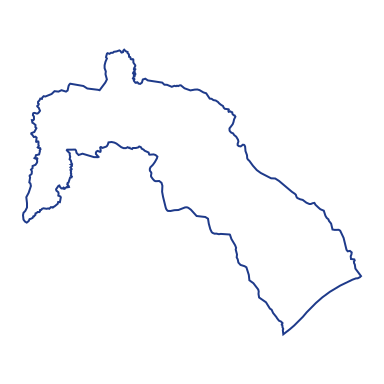 the district of Fatuberliu, Manufahi, East Timor
{"feature_id": "22284137B51170089916625", "entity_name": "Fatuberliu", "entity_type": "district", "adm_level": 2, "iso_a3": "TLS", "parent_name": "East Timor", "parent_adm1": "Manufahi", "projection": "robinson", "projection_center": [125.892, -8.981], "detail": "fine", "context": "isolated", "style": "outline", "palette": "blue", "viewbox_px": 384, "rotation_deg": 0, "n_neighbors": 0, "source": "geoboundaries", "source_scale": "gbopen_adm2", "svg_char_len": 5828}
<svg xmlns="http://www.w3.org/2000/svg" viewBox="0 0 384 384"><path d="M283.3,334.3L289.9,329.2L294.2,325.5L302.9,316.8L306.7,312.3L315.9,303.0L322.4,297.3L329.9,291.8L340.2,285.6L352.4,279.7L355.9,278.4L357.7,278.3L359.9,277.2L361.0,276.1L355.4,268.6L354.8,264.5L354.1,263.2L353.9,261.6L354.7,260.5L354.3,259.4L351.0,259.0L350.7,256.2L351.4,254.6L351.7,252.4L349.9,250.9L347.7,251.3L346.5,249.8L343.6,237.9L340.2,230.7L338.7,229.8L334.7,229.9L332.5,229.5L331.1,223.6L328.9,220.8L328.4,219.3L326.7,217.9L325.4,215.7L323.8,210.7L320.3,209.2L318.8,207.9L315.5,204.8L314.4,202.9L312.7,203.2L310.8,204.0L309.4,204.0L306.4,202.7L302.7,199.9L300.2,199.3L297.3,198.0L296.5,196.9L295.8,194.7L294.7,193.7L291.9,191.8L279.1,181.0L275.2,178.5L271.1,178.3L260.8,173.0L256.8,170.1L252.9,165.7L249.4,160.9L247.8,159.4L247.2,158.2L247.0,155.2L245.5,151.1L245.1,146.6L244.5,145.3L244.1,144.9L242.9,144.7L240.7,146.4L238.8,146.1L237.7,145.2L237.6,143.9L238.4,141.6L238.0,139.7L236.2,136.7L234.1,135.0L233.1,133.4L231.2,132.6L229.8,131.1L229.5,130.1L229.5,128.4L232.7,124.2L233.5,122.0L234.1,119.3L235.4,116.7L234.6,115.4L233.8,115.3L232.6,114.2L232.2,112.3L231.4,112.2L230.5,111.4L228.7,111.8L228.4,111.0L228.8,109.6L228.6,109.3L224.8,108.8L223.7,107.7L223.0,106.0L221.1,104.9L219.1,103.3L218.0,102.0L215.7,100.5L213.4,100.1L211.6,98.8L209.7,98.6L206.2,93.3L203.4,92.4L199.5,90.1L197.4,89.5L194.8,89.6L190.4,90.4L184.5,88.3L180.8,85.3L179.6,85.4L178.1,86.1L177.0,85.7L176.0,86.2L174.4,85.8L171.8,86.8L167.0,84.8L164.4,84.7L162.2,82.6L147.8,80.4L145.3,78.7L142.8,79.5L141.9,82.6L140.2,83.9L138.5,83.6L137.9,82.7L137.1,82.2L136.0,82.9L135.4,82.7L133.9,80.8L133.8,80.2L134.4,79.3L134.3,78.9L133.3,78.9L132.9,78.4L133.7,77.1L133.9,75.3L134.7,75.8L134.8,75.3L134.2,74.8L134.1,74.3L135.3,74.2L135.3,73.6L134.6,72.4L133.3,73.6L133.0,73.2L133.4,72.3L134.7,71.0L134.0,69.6L134.4,69.2L135.1,69.5L135.3,69.2L134.1,68.2L135.2,66.3L135.3,65.4L133.4,62.6L133.3,59.5L132.8,59.1L131.3,59.4L130.7,59.0L130.4,57.4L130.1,57.0L129.1,56.8L128.9,54.4L127.5,52.9L127.6,52.0L125.7,51.2L124.2,49.7L123.3,50.6L123.0,52.1L121.7,52.6L121.3,52.4L120.5,51.1L119.4,50.4L116.6,51.4L113.9,51.8L112.8,52.8L111.0,52.8L109.5,53.8L107.5,53.2L106.9,53.8L106.0,57.2L106.9,58.5L105.5,61.7L104.6,65.2L104.6,66.5L104.6,68.2L105.8,71.4L105.5,74.1L105.7,75.0L106.9,79.4L105.3,82.6L99.6,90.2L98.0,89.8L87.3,88.5L83.4,86.0L70.2,83.7L69.3,84.6L68.6,85.9L67.6,90.5L66.0,91.6L61.5,90.2L58.5,91.6L54.5,91.2L51.6,94.0L45.4,96.5L43.6,96.2L42.2,97.7L41.9,98.9L40.3,98.6L39.3,100.6L38.1,101.7L38.0,103.2L38.8,104.0L38.6,104.7L37.2,106.1L37.7,106.9L38.7,107.7L40.0,110.8L38.8,112.5L37.6,113.5L36.5,113.5L34.6,112.9L33.4,113.1L33.0,113.9L32.9,115.3L33.9,116.4L34.0,119.2L33.4,120.1L31.9,120.1L32.4,122.7L33.5,123.3L35.5,125.0L35.4,127.2L36.4,128.2L34.3,132.0L31.4,133.1L31.2,133.8L32.5,135.1L33.8,137.0L35.5,136.7L36.6,137.7L36.1,141.7L36.5,141.9L37.7,141.4L38.3,141.5L38.5,142.2L38.4,144.9L38.8,145.7L38.7,146.2L37.7,147.4L38.3,147.9L40.2,148.2L40.5,149.3L39.7,150.3L39.9,151.3L39.1,154.4L35.9,155.2L35.4,157.3L34.5,158.1L35.5,158.7L37.0,158.2L37.4,158.6L37.0,159.8L37.2,161.5L37.0,162.6L35.5,164.8L32.6,166.0L32.5,168.3L31.0,169.6L31.9,171.2L31.7,173.6L31.4,174.2L29.7,175.5L29.6,176.0L30.1,177.4L29.3,182.4L30.4,183.5L30.9,186.0L28.7,192.7L26.3,197.2L27.0,203.1L27.0,207.5L25.3,210.9L23.5,212.8L23.0,215.2L23.5,219.6L25.0,221.6L26.7,222.6L27.3,222.2L28.7,221.0L29.6,219.1L30.6,218.9L32.6,217.9L33.4,216.3L34.2,216.3L34.6,215.5L35.4,214.9L35.5,213.4L36.8,212.8L37.6,212.0L39.3,212.1L39.9,211.5L40.1,210.0L41.2,209.9L42.1,208.8L43.5,208.3L46.7,208.8L48.2,208.4L49.2,208.8L51.0,207.1L52.7,207.6L53.1,207.4L53.2,206.9L54.3,206.6L57.7,203.8L58.2,202.0L59.9,202.2L60.8,197.4L60.4,196.5L58.3,195.6L58.6,193.7L58.3,192.2L56.4,190.6L56.1,189.7L56.1,189.2L58.5,185.8L59.4,185.5L60.0,186.9L61.4,188.4L62.3,188.5L63.5,187.7L64.1,188.9L64.7,188.8L65.3,187.8L66.2,187.6L67.0,186.8L67.6,187.3L69.0,187.0L68.7,186.1L67.3,184.2L67.7,183.9L67.7,182.9L68.5,182.6L70.1,177.5L71.5,177.4L71.9,176.5L70.9,175.5L71.3,173.9L70.8,173.1L71.1,171.7L70.5,170.1L71.3,169.8L71.7,169.1L70.4,167.4L72.0,165.9L71.9,165.3L71.1,164.7L71.9,164.5L72.1,164.1L71.5,163.3L70.8,160.4L69.6,159.3L70.2,156.8L69.7,154.8L69.8,153.3L67.6,151.2L66.8,150.2L67.1,149.7L75.2,149.6L76.0,150.5L76.5,152.8L78.6,155.0L82.5,153.7L93.9,157.1L98.0,157.2L98.5,156.9L95.9,154.0L95.9,152.6L96.5,151.5L97.7,150.9L100.1,151.9L100.5,151.7L100.7,150.5L100.2,147.5L100.6,147.1L100.9,147.0L102.5,147.9L106.0,146.7L106.8,146.2L107.8,144.6L108.5,142.4L111.6,142.0L114.4,142.6L116.5,143.6L121.3,147.2L123.5,148.1L125.9,148.1L127.7,147.2L128.6,147.8L129.5,147.7L129.6,148.1L132.1,149.0L132.9,148.0L135.9,148.0L138.2,147.4L139.2,146.5L140.1,146.8L141.1,147.4L141.7,148.7L143.6,149.6L144.6,150.7L148.6,152.5L149.2,154.5L149.6,154.7L153.6,154.4L155.5,155.0L157.4,156.6L156.9,158.4L154.9,162.0L152.9,164.8L150.4,167.3L149.8,169.0L149.9,170.7L151.1,172.3L151.4,173.1L151.0,175.7L151.1,176.6L152.8,179.0L154.5,180.8L155.8,181.2L159.2,181.0L161.5,182.8L162.4,185.8L162.1,191.7L163.0,196.6L165.6,207.2L166.1,208.8L167.1,210.3L167.9,210.9L170.5,211.0L174.3,210.2L178.4,210.0L185.1,207.4L186.9,207.3L188.3,207.8L190.9,209.7L196.6,216.0L205.3,217.0L208.0,218.7L208.8,223.7L210.3,229.2L211.7,232.1L212.6,232.9L214.6,233.7L216.3,233.6L218.9,234.2L220.7,233.9L229.7,234.5L230.0,234.8L231.4,239.0L235.1,245.2L235.9,247.3L236.1,247.8L235.7,249.5L237.0,254.5L236.7,257.4L237.7,259.3L238.4,262.6L240.5,264.9L244.6,266.2L246.4,267.3L248.8,274.9L249.4,280.3L253.4,283.2L258.2,289.5L258.7,291.4L258.5,293.9L259.1,297.5L266.0,302.3L269.9,308.6L271.6,309.7L273.1,313.0L276.4,317.1L277.1,318.3L279.0,320.7L280.9,321.5L282.5,323.0L282.4,323.7L281.8,324.2L281.7,324.7L282.4,325.5L282.5,327.3L283.2,328.7L283.2,329.2L282.8,329.9L283.3,334.3Z" fill="none" stroke="#1e3a8a" stroke-width="2"/></svg>